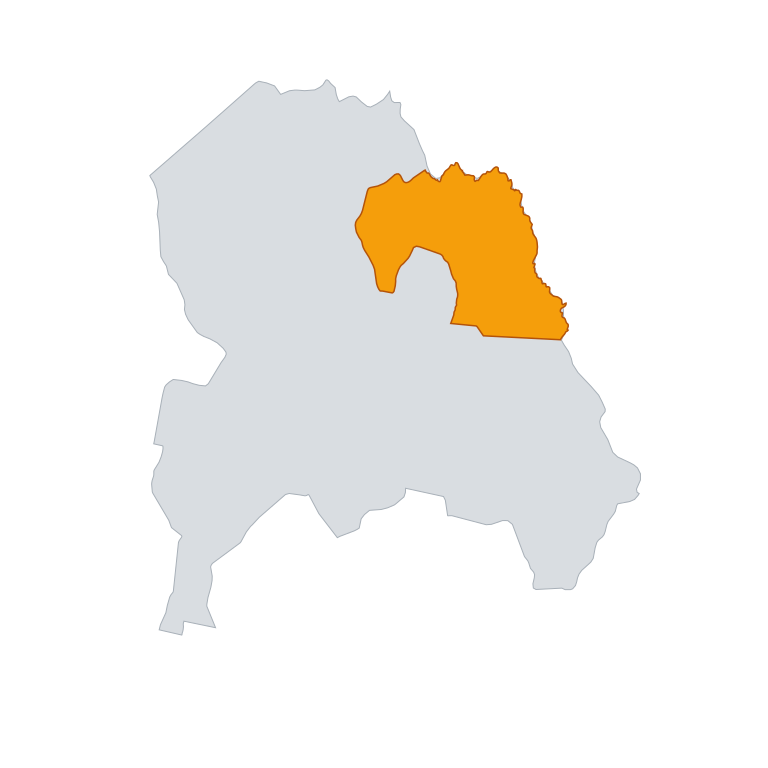 Western Equatoria highlighted on a map of South Sudan, rotated 192°
{"feature_id": "SDS-864", "entity_name": "Western Equatoria", "entity_type": "State", "adm_level": 1, "iso_a3": "SSD", "parent_name": "South Sudan", "parent_adm1": "", "projection": "equal_earth", "projection_center": [28.334, 5.546], "detail": "fine", "context": "in_parent", "style": "filled", "palette": "amber", "viewbox_px": 768, "rotation_deg": 192, "n_neighbors": 0, "source": "natural_earth", "source_scale": "10m", "svg_char_len": 8315}
<svg xmlns="http://www.w3.org/2000/svg" viewBox="0 0 768 768"><g transform="rotate(192 384 384)"><path d="M593.3,623.3L573.3,650.3L571.9,652.0L569.4,654.1L561.3,654.1L553.0,652.8L545.3,645.8L537.4,651.2L532.5,652.9L529.5,653.5L522.6,654.4L512.8,657.3L508.4,660.9L506.0,663.8L504.0,669.1L503.0,669.7L501.2,669.0L498.7,666.9L493.5,663.8L490.8,657.1L488.4,653.1L486.4,650.9L478.1,657.6L474.1,659.2L470.8,659.0L464.7,655.2L458.1,652.0L454.7,652.1L449.6,656.1L443.7,662.1L440.7,668.0L439.3,671.6L437.2,666.1L435.3,662.7L432.5,661.4L426.9,662.7L425.6,660.8L425.3,656.2L424.5,652.0L423.0,648.8L418.7,645.6L407.6,639.1L399.1,626.1L394.8,620.1L391.7,616.2L387.2,606.1L382.2,599.1L376.1,595.8L372.0,597.4L367.9,604.9L360.0,612.0L356.4,612.2L351.8,608.4L346.0,605.7L335.6,604.5L331.3,607.8L325.6,613.2L320.9,616.4L317.9,616.8L315.2,615.5L312.0,614.8L309.3,614.7L303.7,609.8L300.9,606.2L298.9,602.7L295.8,600.3L292.1,598.4L289.5,595.3L288.2,591.4L286.1,586.4L283.4,581.9L274.9,573.9L272.4,569.2L270.6,564.6L267.1,559.5L263.4,552.6L262.3,542.6L262.1,534.6L261.3,530.9L259.7,527.2L257.9,524.0L255.0,520.4L248.0,515.3L240.9,509.3L237.5,505.8L231.0,504.5L227.1,501.1L223.8,493.6L222.5,487.6L219.2,482.9L217.8,479.5L217.0,475.6L219.6,463.8L215.9,459.6L210.2,454.1L206.2,448.1L203.7,442.7L196.5,435.4L180.8,424.6L171.7,417.7L166.7,411.5L162.4,405.5L162.0,403.0L164.8,396.9L165.2,391.9L162.9,386.4L153.5,376.1L146.0,364.7L140.3,361.2L126.6,358.0L122.7,356.8L118.6,354.6L114.5,349.5L113.2,343.4L115.2,333.7L113.9,330.7L111.6,329.9L112.3,327.9L114.9,323.2L119.1,320.2L130.5,315.4L131.1,313.5L131.3,307.5L132.3,304.5L136.2,296.2L136.8,292.8L137.0,285.7L137.5,282.3L138.6,279.9L141.8,275.8L142.9,273.3L143.4,267.8L143.1,257.0L144.7,252.7L151.8,242.9L153.7,238.6L154.4,234.6L154.4,230.6L154.8,226.7L156.9,222.9L158.7,221.7L164.0,220.5L167.6,221.3L192.6,214.6L195.5,215.5L196.8,219.5L196.7,225.8L197.1,228.9L198.5,231.1L202.4,234.1L205.2,239.1L206.6,241.0L210.7,244.4L229.2,273.4L234.5,276.1L239.6,275.1L249.7,269.1L254.8,267.6L290.2,269.3L294.2,268.4L294.4,268.5L299.8,283.0L302.4,286.3L341.2,286.5L340.5,282.4L341.0,277.7L347.8,268.9L348.8,267.8L354.8,263.6L360.6,260.7L371.9,257.4L376.0,252.2L378.3,247.4L378.3,237.9L379.8,236.4L382.5,234.2L395.5,225.8L397.7,224.0L420.7,243.6L433.7,259.1L434.5,259.9L435.2,260.1L435.8,259.6L436.4,258.9L438.0,258.2L443.5,258.0L454.0,257.2L457.4,255.4L478.3,227.7L483.6,218.8L484.9,217.0L487.9,210.7L491.1,199.9L491.7,198.7L514.6,172.8L515.4,170.7L515.6,169.1L512.1,160.4L511.3,155.9L511.1,149.1L511.8,138.5L511.5,131.8L511.2,130.0L511.0,129.6L498.1,110.6L530.4,110.4L530.5,108.0L530.4,107.2L529.7,104.9L529.4,101.9L529.4,100.2L529.6,98.7L529.6,97.8L529.5,97.0L529.5,96.7L529.6,96.4L552.8,96.8L552.6,102.2L549.8,114.9L549.9,122.4L549.3,131.1L548.5,133.7L547.4,135.8L547.0,136.8L547.0,137.8L552.1,186.4L551.7,188.4L550.4,191.4L550.1,192.4L550.1,193.2L550.6,193.7L561.3,199.0L561.9,199.3L562.3,199.8L566.2,206.0L587.4,229.1L588.2,230.3L590.4,237.5L590.6,238.6L590.7,240.4L590.7,241.7L590.2,246.1L590.4,248.0L590.7,249.3L591.0,250.8L591.0,251.3L590.8,252.4L587.8,260.7L586.8,266.7L586.5,271.7L586.7,274.6L587.1,276.5L587.4,277.3L587.7,277.5L596.8,277.6L596.8,280.2L598.2,324.3L598.2,329.2L597.9,335.4L596.9,337.9L594.3,341.4L591.1,344.6L582.8,345.4L576.0,345.3L571.1,344.6L564.5,344.3L558.2,345.0L555.9,347.7L547.8,371.1L545.2,377.0L544.5,380.4L545.3,382.4L548.6,385.4L555.7,389.6L563.8,392.0L569.9,393.0L574.1,394.2L577.3,395.5L588.9,406.1L592.6,411.0L594.7,415.4L595.2,420.1L596.9,424.8L607.5,439.5L617.6,446.4L621.4,454.2L625.2,458.0L628.7,462.1L630.6,468.2L635.1,485.9L638.0,495.2L641.1,502.7L642.3,515.1L644.7,520.6L647.2,527.3L651.3,533.4L655.6,538.0L656.4,539.2L613.0,596.8L593.3,623.3Z" fill="#d9dde1" stroke="#a8b0b8" stroke-width="1"/><path d="M224.7,490.9L224.2,490.5L224.2,488.9L224.0,487.2L223.3,486.4L221.2,485.9L220.3,485.1L219.1,483.0L218.3,481.9L217.4,481.2L216.6,480.8L216.1,480.1L215.8,478.8L215.9,477.6L216.1,476.3L216.1,475.4L215.1,475.0L215.5,474.2L215.9,473.7L216.4,473.4L216.9,472.9L217.8,470.2L219.4,467.4L220.2,465.4L220.5,464.8L220.5,464.0L221.8,463.8L296.8,451.8L304.7,459.3L305.1,459.6L305.8,459.9L306.4,459.9L331.3,457.1L330.1,466.0L330.4,468.9L329.8,471.2L330.2,473.9L329.4,476.2L330.1,478.2L330.5,482.1L330.2,484.4L330.4,486.4L330.8,488.0L332.7,492.0L333.6,494.4L334.4,497.8L335.8,499.8L337.9,501.4L340.8,505.6L342.2,508.5L345.7,514.8L347.1,516.4L348.7,517.0L350.1,517.8L351.1,518.6L352.0,519.5L352.8,520.9L354.4,522.2L356.1,522.8L377.6,525.6L381.0,525.5L383.5,523.6L384.1,520.5L385.6,514.4L386.6,511.9L390.1,505.9L391.9,503.6L392.7,501.8L393.6,498.7L394.5,492.3L394.5,489.3L393.9,486.7L393.4,482.5L393.5,476.8L394.1,475.5L394.9,474.8L404.8,474.6L407.0,474.2L407.8,474.8L408.8,475.7L410.5,477.9L412.1,480.7L417.1,494.3L419.3,497.8L425.2,505.1L430.6,510.6L432.6,513.1L433.8,515.2L435.1,518.2L436.1,519.8L438.9,522.3L442.5,526.8L444.0,530.2L445.1,533.4L445.3,536.2L444.7,538.6L442.5,543.2L441.6,546.1L441.1,549.3L440.4,568.9L440.2,570.2L440.0,571.1L439.8,571.8L439.2,572.5L438.1,573.3L431.3,576.3L425.7,580.2L423.4,582.4L416.9,591.0L415.2,592.1L413.6,592.5L412.4,592.1L411.1,591.1L408.0,587.2L406.9,586.1L405.8,585.6L404.5,585.5L403.5,585.8L402.2,586.5L401.1,587.5L399.9,589.0L398.1,591.7L389.0,601.2L387.7,602.2L387.9,601.8L388.1,601.1L387.5,600.6L387.0,600.4L385.9,599.4L385.5,599.3L384.4,599.6L384.1,599.6L383.4,599.0L381.9,597.3L381.4,596.7L379.3,595.5L378.7,595.3L377.3,595.3L375.8,594.4L375.2,594.2L374.9,594.2L374.2,594.8L373.9,594.5L373.4,593.9L373.2,593.7L372.2,593.4L371.4,593.6L371.0,594.4L370.9,596.7L370.7,597.9L370.8,598.6L370.7,599.3L369.8,600.5L369.4,601.2L369.1,602.7L368.7,604.0L368.1,605.2L365.6,608.2L365.1,609.1L364.6,610.7L363.9,612.3L363.1,612.5L362.1,612.2L360.9,612.3L360.3,613.0L360.2,614.3L359.8,615.4L358.6,615.6L357.5,614.9L354.4,610.6L353.8,610.1L351.9,608.9L351.7,609.0L351.6,608.1L351.0,607.8L348.7,605.6L348.3,605.1L345.3,606.1L344.2,606.2L341.9,606.0L340.4,606.2L339.9,606.3L338.7,605.6L338.4,604.3L338.3,602.8L337.6,601.5L337.0,601.2L336.5,601.6L336.1,602.1L335.4,602.6L334.4,602.6L334.0,602.7L332.0,607.9L331.2,609.3L330.5,610.0L328.5,610.6L327.9,611.1L327.7,611.8L327.6,612.6L327.2,613.2L326.8,613.4L326.3,613.3L325.8,613.2L325.4,613.1L324.3,613.5L323.6,614.1L321.7,617.5L320.8,618.6L319.7,619.5L318.6,619.7L317.4,619.2L317.0,618.5L316.9,617.6L316.4,616.2L314.8,614.6L312.7,614.7L310.5,615.3L308.6,614.9L307.7,614.0L306.8,612.8L305.4,610.5L305.2,609.2L304.9,608.6L304.1,608.6L303.6,608.9L302.8,610.1L302.3,610.2L300.8,607.3L300.6,606.7L300.4,606.1L300.4,605.6L300.3,604.9L300.5,603.4L300.7,602.2L300.6,601.5L298.0,601.0L297.5,601.1L297.2,601.0L296.7,600.3L296.4,600.2L296.0,600.5L295.8,600.7L295.9,600.8L295.8,601.0L295.8,601.3L295.7,601.6L295.4,601.6L294.5,601.1L294.3,601.1L292.9,601.4L292.5,601.3L291.9,600.9L291.0,599.6L290.5,599.0L290.1,598.8L288.9,598.5L288.7,598.5L288.4,597.4L288.1,595.8L288.1,593.1L288.4,589.3L288.3,587.8L288.1,587.2L287.7,586.5L287.3,585.8L286.9,585.4L286.4,585.5L285.5,585.8L285.1,585.8L284.5,585.1L284.2,584.0L283.8,581.3L283.1,579.7L282.3,579.0L277.9,578.3L277.0,577.9L276.1,576.9L275.8,576.2L275.6,574.8L275.4,574.2L275.0,573.5L273.5,572.0L273.1,571.8L272.8,571.5L272.5,571.2L272.2,570.9L272.6,567.9L272.5,567.1L272.0,566.2L270.6,564.9L269.8,562.3L268.4,560.7L265.6,558.2L264.6,556.5L263.8,554.6L262.5,550.4L262.3,549.4L262.0,546.2L261.6,544.5L261.5,543.6L261.6,542.6L263.6,535.4L263.6,534.8L263.7,533.6L263.5,533.0L263.0,532.6L262.6,532.7L262.4,532.9L262.2,532.9L262.0,533.0L261.8,533.2L261.5,533.1L261.2,532.5L261.2,532.0L261.4,531.1L261.5,529.9L261.6,529.5L261.6,529.1L260.7,528.4L260.5,528.1L260.4,527.7L260.4,527.1L260.2,526.1L259.8,525.0L259.2,524.2L258.5,523.7L257.5,523.3L257.3,522.8L257.3,522.1L256.9,521.0L256.5,520.5L254.4,519.5L254.0,519.5L253.1,519.9L252.6,519.9L252.3,519.6L251.9,518.6L251.0,517.6L250.5,515.8L249.9,515.0L247.8,515.7L246.8,515.6L246.2,514.5L245.7,513.0L245.1,512.8L244.3,513.2L243.1,513.3L242.0,512.7L241.6,511.5L241.3,508.5L240.8,507.7L239.9,506.9L236.4,505.1L233.0,505.3L231.4,505.0L228.5,503.7L227.7,502.9L227.3,501.7L226.9,500.2L226.3,499.1L225.4,498.8L223.5,500.6L222.7,500.9L222.5,499.5L222.9,498.2L223.7,497.1L224.7,496.2L225.6,495.5L226.4,494.6L226.8,493.4L226.8,492.1L226.2,491.1L225.4,490.8L224.7,490.9Z" fill="#f59e0b" stroke="#b45309" stroke-width="1.5"/></g></svg>